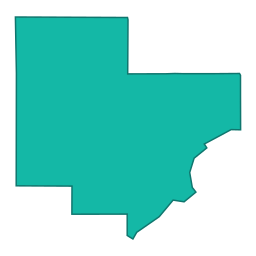 Carver, Minnesota, United States of America
{"feature_id": "52423323B20020016400421", "entity_name": "Carver", "entity_type": "district", "adm_level": 2, "iso_a3": "USA", "parent_name": "United States of America", "parent_adm1": "Minnesota", "projection": "mercator", "projection_center": [-93.703, 44.807], "detail": "fine", "context": "isolated", "style": "filled", "palette": "teal", "viewbox_px": 256, "rotation_deg": 0, "n_neighbors": 0, "source": "geoboundaries", "source_scale": "gbopen_adm2", "svg_char_len": 509}
<svg xmlns="http://www.w3.org/2000/svg" viewBox="0 0 256 256"><path d="M16.2,185.8L72.0,186.1L71.9,214.2L127.2,214.1L127.2,235.5L132.9,239.0L136.7,232.3L159.2,216.7L173.1,200.1L184.1,201.8L195.9,192.1L192.3,187.5L191.9,185.2L189.7,172.5L194.1,158.2L206.8,147.9L204.3,144.0L231.1,129.6L240.6,129.8L240.5,94.7L240.5,89.9L240.5,75.3L239.5,73.5L213.0,73.7L183.4,73.7L174.9,73.5L165.8,73.8L127.7,73.9L128.0,19.8L127.5,17.5L15.4,17.0L16.4,73.2L16.2,185.8Z" fill="#14b8a6" stroke="#0f766e" stroke-width="1.5"/></svg>